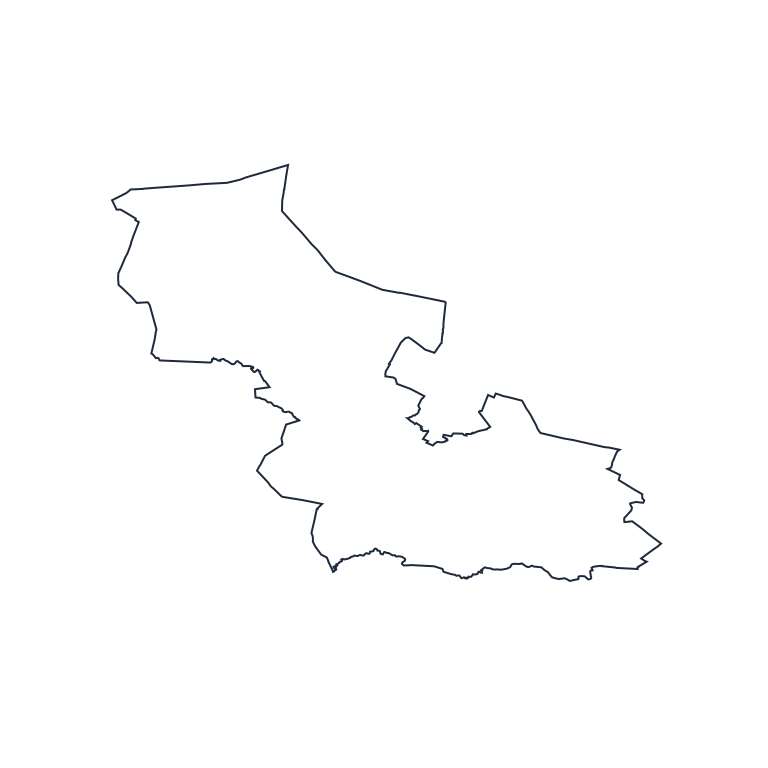 the district of Preiļu pag., Preilu, Latvia, rotated 12°
{"feature_id": "27541924B82337484092202", "entity_name": "Preiļu pag.", "entity_type": "district", "adm_level": 2, "iso_a3": "LVA", "parent_name": "Latvia", "parent_adm1": "Preilu", "projection": "equal_earth", "projection_center": [26.708, 56.291], "detail": "fine", "context": "isolated", "style": "outline", "palette": "slate", "viewbox_px": 768, "rotation_deg": 12, "n_neighbors": 0, "source": "geoboundaries", "source_scale": "gbopen_adm2", "svg_char_len": 6145}
<svg xmlns="http://www.w3.org/2000/svg" viewBox="0 0 768 768"><g transform="rotate(12 384 384)"><path d="M86.2,269.0L89.9,268.2L90.7,268.3L106.8,273.8L106.6,275.4L110.5,276.6L108.2,290.6L107.2,298.4L107.4,298.6L107.1,301.6L106.0,309.2L104.6,314.0L102.6,324.4L101.1,330.8L102.1,336.6L103.8,342.3L107.8,344.5L118.8,351.3L125.3,356.1L135.9,353.2L138.4,355.5L150.1,378.0L150.0,381.1L150.4,387.7L150.1,402.6L151.0,402.8L152.3,403.5L155.6,406.2L157.1,405.5L158.2,405.7L159.6,407.6L209.3,399.2L210.5,398.5L211.0,396.9L210.6,395.7L211.9,394.1L212.7,395.0L213.8,394.5L214.7,394.6L216.5,395.5L218.5,395.6L219.0,395.3L218.6,394.5L221.1,393.1L222.0,392.9L224.2,394.1L225.5,394.0L231.1,396.2L232.4,396.0L233.6,395.3L235.1,392.5L235.6,392.2L236.4,392.1L237.6,392.9L240.2,393.7L241.9,395.6L242.5,395.8L248.6,394.4L252.0,394.5L252.7,395.0L252.6,395.7L252.1,396.1L251.0,396.2L250.7,396.5L250.8,396.7L251.5,397.5L254.4,399.3L255.4,398.9L257.3,396.3L258.1,396.5L258.4,397.1L260.0,397.4L259.8,398.6L266.0,405.9L267.1,405.9L272.7,410.9L258.9,415.9L261.1,423.9L265.7,423.4L267.1,424.0L270.9,424.0L274.3,426.1L276.7,425.5L277.6,425.7L280.8,428.1L283.8,427.9L289.1,429.3L290.4,430.4L290.6,430.8L290.3,431.2L290.5,431.5L292.2,432.1L294.1,431.9L294.8,431.4L296.7,430.8L298.6,431.5L300.0,431.6L301.2,433.3L302.8,434.9L303.6,435.2L304.1,434.9L305.6,436.4L306.1,436.6L307.3,436.4L308.7,437.3L296.7,444.0L295.0,458.6L296.8,462.8L297.1,464.5L282.6,478.9L279.8,489.1L279.2,490.4L277.8,495.2L291.1,504.4L294.7,507.7L298.1,509.5L307.1,515.2L308.2,515.5L328.1,514.5L348.4,514.2L344.5,519.9L344.9,520.2L344.4,520.7L344.2,522.0L344.3,530.8L344.0,544.8L345.8,547.6L346.8,550.5L347.1,552.9L350.7,557.4L358.1,564.0L364.1,565.6L366.3,568.7L366.5,569.3L372.8,577.5L373.1,578.3L374.2,577.6L374.2,577.0L375.5,575.9L375.8,575.3L374.8,574.8L375.2,574.2L375.2,573.9L374.5,573.7L374.2,574.0L374.2,574.5L373.8,574.5L373.4,574.3L373.4,573.8L372.7,573.3L373.1,572.9L375.5,572.0L375.9,571.2L374.8,570.7L374.7,570.4L376.8,569.0L377.1,568.1L377.8,567.6L378.0,567.0L379.6,566.2L379.7,565.7L378.7,564.5L378.9,564.3L380.0,563.7L381.6,563.9L384.4,562.7L387.2,561.0L387.5,560.1L389.8,558.9L390.4,558.1L393.8,557.8L396.2,556.1L397.3,556.3L399.8,556.0L400.1,555.7L400.7,554.3L401.5,553.4L402.5,553.1L403.5,553.4L404.7,553.2L405.1,552.8L405.2,550.9L406.6,550.5L408.4,549.6L408.5,549.3L408.5,548.1L410.0,546.7L411.4,547.2L412.2,548.3L413.3,548.1L414.3,548.2L415.0,548.8L415.8,550.6L416.8,551.0L418.4,550.8L418.9,548.7L419.4,548.3L420.0,548.2L421.6,548.7L423.7,548.4L428.1,549.8L430.3,549.2L431.4,550.1L432.6,550.1L433.9,549.5L435.7,549.3L437.4,549.3L439.1,549.9L441.1,550.8L441.2,552.5L439.5,554.2L438.9,555.2L438.9,555.9L439.3,556.5L441.2,557.4L448.7,555.4L470.9,551.9L479.6,552.7L481.0,554.9L481.4,555.3L488.9,556.0L493.1,555.9L494.7,556.5L497.1,555.6L497.6,555.7L499.6,557.5L500.5,557.8L502.3,556.5L503.6,556.5L503.7,557.1L504.1,557.2L505.7,557.0L506.2,556.5L505.8,556.1L506.9,555.5L507.1,555.1L507.0,554.9L509.3,554.5L510.2,552.8L510.4,551.7L512.0,551.6L514.9,550.5L515.2,548.7L515.6,548.0L516.3,547.9L517.5,548.4L518.4,548.0L519.0,548.1L518.8,547.6L518.7,546.7L518.0,546.3L518.7,545.8L518.2,545.3L518.8,544.9L519.8,543.3L521.0,542.3L523.1,542.6L526.7,542.2L528.6,542.7L530.8,542.5L534.1,541.6L536.3,541.6L537.3,541.1L538.3,540.9L542.6,539.1L544.7,537.5L545.7,536.4L546.3,534.2L547.0,533.5L548.4,532.9L554.7,531.7L555.7,530.9L557.5,531.3L558.0,531.7L560.7,532.8L562.9,533.2L564.6,532.4L565.4,531.6L566.6,530.9L568.2,531.4L576.1,530.6L579.6,532.6L583.5,534.0L586.6,536.7L588.8,538.2L593.8,538.5L596.0,538.3L601.0,536.5L603.0,536.8L606.7,538.0L614.7,534.4L614.3,532.3L614.4,531.9L615.5,531.3L617.2,530.8L620.4,530.4L624.1,532.6L624.7,532.6L626.3,531.9L627.0,530.9L627.0,530.4L624.9,525.5L624.7,524.6L624.9,523.5L626.8,522.9L625.3,520.6L626.7,519.3L632.3,517.2L634.6,516.7L634.6,516.9L648.6,515.4L649.3,515.6L670.6,512.2L670.1,510.5L671.1,509.9L671.0,509.6L677.9,503.2L675.6,502.7L671.8,501.2L681.9,489.8L685.4,486.1L688.2,482.5L673.9,475.8L666.8,472.0L655.3,466.7L647.9,469.1L647.1,466.9L646.9,465.2L652.2,456.2L652.3,453.5L650.0,450.7L649.6,449.7L650.2,449.2L655.1,447.0L662.2,446.3L662.6,445.3L662.7,443.7L660.3,441.9L659.5,438.1L651.4,435.5L633.5,429.1L633.8,423.9L620.3,420.6L622.4,419.4L623.5,418.5L623.8,416.2L623.6,412.9L624.3,410.4L625.0,406.0L626.1,401.5L628.1,399.3L617.5,399.4L612.7,399.9L580.6,399.5L571.3,399.9L547.3,399.4L544.1,396.6L541.1,392.4L534.1,384.1L531.0,380.8L528.7,378.8L522.5,371.6L507.9,371.0L502.6,371.0L500.5,370.6L495.3,370.1L494.3,374.4L488.1,373.1L485.2,390.0L483.4,390.6L482.9,391.0L482.7,391.7L496.8,403.9L493.9,406.6L494.0,406.9L486.3,410.4L481.2,413.8L480.6,413.4L479.5,414.8L474.9,415.8L475.4,417.3L472.9,417.3L471.2,416.3L466.0,417.2L462.0,418.0L460.8,421.1L452.9,421.3L452.7,423.3L452.9,423.7L454.8,423.9L455.6,424.2L455.7,424.6L457.0,424.7L457.8,425.7L457.4,426.4L456.5,426.7L455.9,427.1L455.7,427.7L452.7,429.1L448.1,429.6L446.0,431.7L444.6,434.0L437.8,432.6L438.9,430.7L433.6,429.7L437.1,421.4L436.9,420.7L432.3,421.9L429.9,421.0L430.5,420.0L429.0,419.2L429.8,418.0L423.7,415.5L422.5,416.8L421.1,415.7L418.1,414.8L414.2,412.7L415.0,412.6L415.1,412.0L415.7,411.8L416.2,411.1L417.4,410.6L419.4,408.6L421.0,408.2L421.2,407.5L422.6,406.3L423.3,405.2L423.6,404.4L423.5,402.5L424.4,401.1L422.0,398.0L423.9,390.9L425.1,389.4L426.0,387.5L410.9,383.3L396.7,381.2L394.1,376.5L391.9,375.7L383.8,376.2L383.2,373.7L383.1,371.2L385.7,363.5L384.6,363.2L386.4,359.2L388.8,350.0L389.6,347.8L391.8,340.1L395.5,334.5L398.3,333.3L400.6,334.1L408.2,337.5L417.0,341.8L426.9,343.0L431.2,332.6L431.8,332.1L431.0,325.7L430.9,322.8L430.6,322.6L430.9,322.1L430.6,319.3L430.1,318.6L430.5,317.0L429.5,312.0L427.4,291.4L426.3,290.9L398.2,291.1L380.4,291.4L379.8,291.7L362.8,292.2L339.9,288.2L313.5,284.4L312.3,283.8L300.5,274.7L291.4,267.0L284.3,262.4L271.8,252.8L265.6,248.6L248.3,236.1L246.3,225.7L246.1,217.8L245.7,214.7L245.9,214.1L246.1,214.0L245.9,213.0L245.1,201.2L244.6,189.7L206.3,210.5L200.7,214.1L188.5,219.9L168.3,225.3L152.2,230.2L115.8,240.7L107.8,243.1L107.7,243.3L95.7,246.4L94.0,248.7L92.1,250.9L79.8,260.8L86.2,269.0Z" fill="none" stroke="#1e293b" stroke-width="2"/></g></svg>